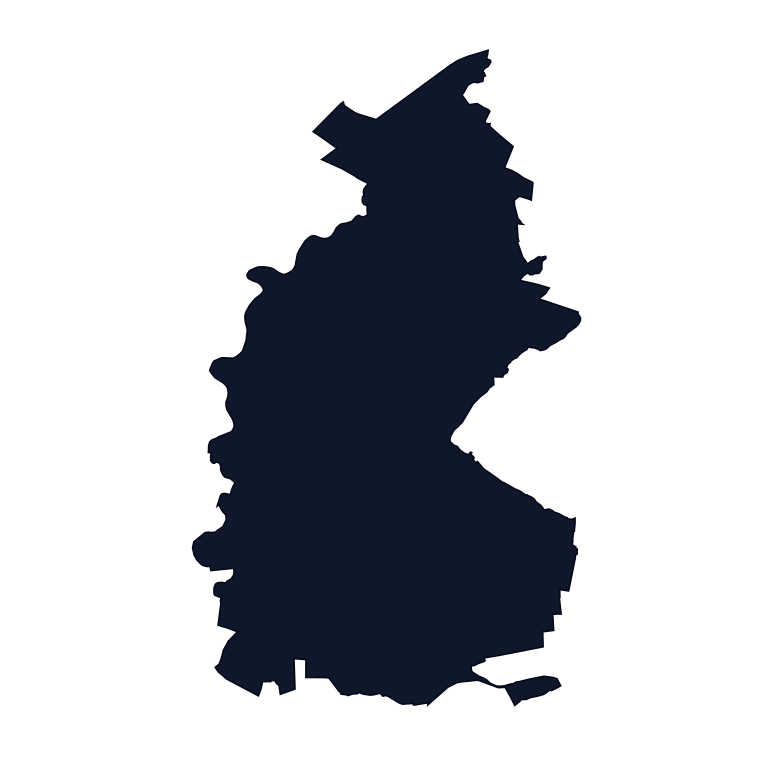 Udesti, Suceava, Romania (orthographic projection), rotated 267°
{"feature_id": "2599482B53238071469954", "entity_name": "Udesti", "entity_type": "district", "adm_level": 2, "iso_a3": "ROU", "parent_name": "Romania", "parent_adm1": "Suceava", "projection": "orthographic", "projection_center": [26.408, 47.571], "detail": "fine", "context": "isolated", "style": "filled", "palette": "ink", "viewbox_px": 768, "rotation_deg": 267, "n_neighbors": 0, "source": "geoboundaries", "source_scale": "gbopen_adm2", "svg_char_len": 6084}
<svg xmlns="http://www.w3.org/2000/svg" viewBox="0 0 768 768"><g transform="rotate(267 384 384)"><path d="M542.5,526.4L555.3,523.8L559.2,523.8L560.2,523.2L564.0,528.3L564.2,529.6L560.8,539.0L559.8,540.7L576.8,543.3L577.7,542.9L582.4,534.4L587.5,527.8L590.4,523.1L593.6,515.7L614.4,525.4L628.1,510.7L636.1,502.9L638.5,503.6L638.2,502.4L639.2,499.0L641.4,498.8L650.7,504.0L651.9,503.2L652.5,502.7L655.5,496.9L656.3,496.2L659.2,491.8L658.6,484.7L658.7,483.4L668.7,477.0L670.5,478.8L677.4,483.0L678.3,484.0L680.4,488.1L680.6,489.2L680.3,490.9L681.4,491.4L679.9,492.9L681.1,498.6L685.5,499.4L686.4,501.5L689.6,500.3L690.6,499.1L693.2,500.3L695.9,504.8L699.9,507.5L701.4,507.4L702.3,506.2L703.0,504.1L704.7,503.7L707.8,504.8L711.9,505.5L706.7,484.4L703.2,474.6L698.9,466.8L648.5,390.0L654.4,373.8L656.4,369.4L663.2,360.1L664.7,358.8L667.8,358.2L666.3,355.6L639.7,326.4L631.1,337.7L621.8,349.2L611.4,333.4L601.4,353.0L593.7,365.1L590.9,368.6L584.8,379.0L582.8,376.4L579.1,373.8L576.4,373.4L573.2,373.8L572.4,372.5L571.7,372.2L568.7,371.8L566.9,371.9L564.6,373.1L564.2,373.5L563.6,375.5L562.4,376.4L556.7,376.2L554.0,376.6L552.1,372.9L552.0,371.6L552.6,369.8L553.7,367.9L553.7,366.8L553.0,365.4L551.5,363.6L548.1,360.3L546.6,354.7L546.4,351.6L545.9,349.2L544.6,347.1L542.1,344.4L538.4,342.3L535.0,339.6L533.4,337.4L532.5,334.9L532.3,332.1L533.1,328.4L535.2,324.0L535.9,321.5L535.7,319.5L534.1,316.4L531.0,312.7L522.4,306.5L518.0,304.2L507.1,301.6L504.2,300.1L501.9,297.9L499.7,293.8L498.7,290.6L498.7,288.7L500.5,285.2L504.6,279.8L505.7,277.5L506.8,273.4L507.4,269.5L507.5,264.9L506.9,262.3L504.2,255.5L500.8,253.1L499.5,252.8L497.2,253.5L496.0,254.7L493.9,258.5L491.8,263.3L489.4,266.1L486.3,268.0L484.3,268.5L482.9,268.2L480.0,265.7L476.1,259.9L472.8,256.7L469.4,253.7L463.2,249.9L460.1,248.8L457.1,248.5L453.5,248.7L445.7,250.2L444.0,250.1L434.5,248.5L425.6,245.0L423.6,243.8L422.5,242.6L419.6,238.8L418.2,235.9L417.7,234.4L418.8,223.3L416.0,215.6L414.2,214.0L407.4,210.8L406.0,210.8L404.6,211.5L399.0,215.6L394.1,222.8L391.6,225.3L389.1,227.1L386.2,227.8L383.0,227.9L380.0,227.5L373.5,225.1L369.2,225.2L366.3,225.9L357.3,230.6L353.5,231.9L350.0,232.2L347.6,231.4L344.4,229.1L339.8,215.6L338.7,213.9L337.3,209.5L336.1,207.8L335.2,206.9L332.0,205.7L324.7,205.0L324.3,207.8L321.1,207.1L317.1,206.9L315.2,207.6L313.9,209.1L313.6,210.3L314.8,212.2L314.6,213.9L312.9,215.8L310.2,216.6L306.7,216.4L302.1,218.1L299.4,220.1L297.5,225.6L293.3,230.1L289.4,227.7L284.7,225.6L282.1,225.3L282.0,223.1L283.0,219.6L283.0,217.4L282.4,215.9L281.1,214.8L270.7,210.9L271.9,212.8L266.6,215.2L264.4,216.6L261.6,219.1L257.4,219.3L255.9,218.9L250.0,215.6L246.6,209.9L244.7,207.6L244.9,205.9L244.7,203.5L245.3,200.8L244.9,197.4L236.4,185.8L230.3,184.2L223.2,185.4L218.2,187.8L213.5,191.8L212.2,193.7L211.1,196.9L210.9,198.6L211.3,200.5L206.7,201.3L207.8,223.9L207.3,224.4L203.7,224.3L200.9,223.7L197.7,221.3L196.1,218.7L195.4,216.9L193.8,215.9L193.7,215.1L194.4,211.6L194.4,208.7L194.0,206.8L192.9,205.1L189.5,203.6L184.9,203.2L182.6,203.5L181.6,204.4L179.2,210.1L176.3,209.3L173.0,209.5L151.7,205.6L148.6,214.7L144.2,224.6L135.3,215.0L126.6,209.7L117.2,206.7L112.6,204.4L109.9,200.5L105.1,203.5L97.4,211.7L79.1,242.3L85.8,245.2L91.7,246.8L93.0,246.6L92.9,252.9L92.6,254.8L92.9,255.6L93.6,255.8L93.7,256.7L93.2,259.4L89.9,261.5L88.8,263.3L79.5,264.2L84.0,279.2L114.4,279.8L112.8,291.6L95.0,290.6L93.9,309.8L93.2,313.6L80.0,322.6L77.9,324.5L77.4,325.6L76.9,325.2L76.7,324.1L75.6,329.8L74.7,332.1L75.8,335.4L76.1,337.2L76.0,341.1L77.5,343.2L76.6,344.0L75.3,347.4L74.0,353.7L74.1,357.0L75.3,363.9L73.8,365.5L72.6,365.9L72.3,367.3L72.9,368.8L71.8,371.9L65.0,381.9L63.3,385.5L63.4,396.6L61.9,396.5L61.8,398.1L63.3,410.8L61.0,410.8L77.8,431.9L81.7,440.8L82.4,444.3L83.2,460.4L83.0,463.0L75.1,481.4L74.7,482.7L74.7,489.1L64.7,494.0L56.1,497.7L59.9,503.0L61.6,504.4L61.6,509.8L63.1,513.6L64.3,521.4L65.6,527.1L67.7,530.8L69.3,532.7L69.1,535.5L73.3,544.7L80.6,541.4L82.1,537.5L83.8,528.3L81.6,513.2L79.7,503.4L79.5,500.3L78.0,497.3L77.7,494.0L76.4,488.8L76.1,485.2L76.3,482.2L76.8,480.0L79.4,474.7L82.9,471.3L85.4,467.6L87.2,463.5L91.5,457.5L93.2,456.4L97.8,456.3L98.2,459.9L99.8,463.2L101.7,469.6L102.3,470.5L105.0,469.9L105.4,471.2L106.9,484.8L113.2,529.2L128.2,529.6L129.0,540.6L145.1,540.5L145.2,545.7L144.9,548.9L161.2,547.9L161.5,548.5L169.5,548.8L167.6,557.6L198.8,565.6L203.7,566.5L203.8,567.9L209.1,568.4L209.4,566.8L211.4,567.1L212.3,565.3L213.7,563.7L217.2,564.4L217.3,564.0L227.2,565.7L227.0,566.4L235.3,567.6L240.2,567.8L239.2,565.4L239.1,564.3L239.7,560.3L240.8,560.2L241.6,557.9L245.3,552.0L247.1,547.5L248.5,545.9L250.5,542.4L250.6,541.3L250.0,539.1L249.9,537.6L254.4,534.4L258.4,529.8L261.4,527.9L263.5,525.2L265.4,521.4L265.9,521.0L265.5,520.2L270.2,513.9L272.3,509.4L279.2,498.7L279.9,496.8L283.9,492.2L294.1,479.1L301.7,473.3L300.6,471.2L304.5,468.9L305.2,470.0L306.7,469.7L308.8,467.3L310.9,468.1L311.5,466.8L309.0,464.7L310.9,460.4L314.5,456.2L317.9,453.9L319.5,450.2L320.9,449.2L322.5,447.3L324.7,446.9L328.7,448.0L334.6,451.8L337.3,455.4L341.8,460.3L359.4,472.1L366.2,479.5L370.7,486.1L375.0,489.5L375.8,491.5L377.2,491.6L377.3,493.7L382.7,493.7L385.2,493.3L385.3,495.5L384.7,502.9L387.2,504.2L389.0,507.5L391.3,508.6L392.3,508.7L393.4,507.2L397.2,508.7L399.0,511.4L400.6,512.3L402.7,516.1L403.2,517.9L405.8,520.3L408.0,523.2L409.9,526.1L410.5,528.0L411.9,529.2L413.5,529.9L412.6,532.9L412.2,535.9L410.3,540.2L409.2,541.8L409.6,545.2L410.5,547.7L414.2,552.5L416.0,556.8L418.6,561.4L420.2,565.3L421.5,567.1L425.2,569.8L431.4,579.3L433.5,581.3L436.8,583.4L439.6,583.8L444.2,581.4L445.7,581.6L460.9,543.2L466.2,550.6L469.2,552.5L471.2,554.2L475.1,543.6L480.4,525.0L484.9,529.1L487.2,533.1L487.0,534.1L485.6,535.2L485.3,538.2L486.3,539.7L486.3,542.9L486.5,544.6L487.0,545.2L490.5,547.7L496.1,548.0L498.4,548.7L500.6,552.0L502.2,552.5L503.1,552.0L502.2,546.4L503.1,546.0L502.4,543.7L500.1,540.5L499.3,537.6L496.4,533.8L503.6,529.2L518.9,524.7L519.3,526.1L522.7,525.5L535.8,525.3L537.1,524.9L536.2,531.2L537.5,529.7L539.4,528.8L542.5,526.4Z" fill="#0f172a" stroke="#020617" stroke-width="1.5"/></g></svg>